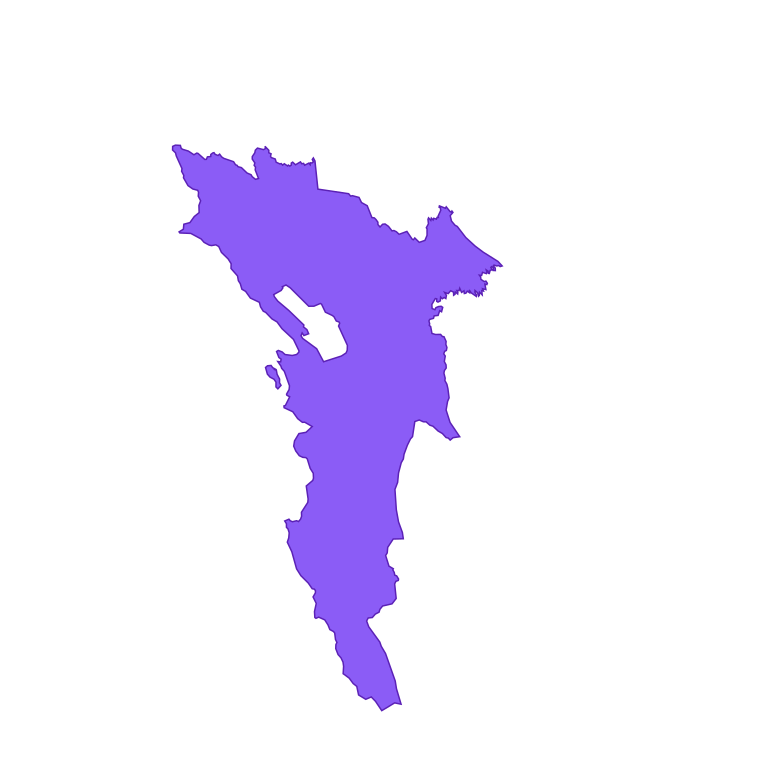 Tapanuli Selatan, Sumatera Utara, Indonesia, rotated 157°
{"feature_id": "22746128B22210082667393", "entity_name": "Tapanuli Selatan", "entity_type": "district", "adm_level": 2, "iso_a3": "IDN", "parent_name": "Indonesia", "parent_adm1": "Sumatera Utara", "projection": "equal_earth", "projection_center": [99.254, 1.551], "detail": "fine", "context": "isolated", "style": "filled", "palette": "violet", "viewbox_px": 768, "rotation_deg": 157, "n_neighbors": 0, "source": "geoboundaries", "source_scale": "gbopen_adm2", "svg_char_len": 6143}
<svg xmlns="http://www.w3.org/2000/svg" viewBox="0 0 768 768"><g transform="rotate(157 384 384)"><path d="M493.4,82.6L491.6,98.6L489.7,106.3L487.9,135.3L489.0,143.6L488.7,148.1L492.9,166.4L492.6,172.6L490.0,174.8L486.0,173.6L481.9,175.6L477.7,175.9L475.8,178.2L472.0,180.2L462.5,178.5L456.6,181.8L452.3,195.8L450.2,197.7L447.6,197.6L446.8,198.8L447.3,202.4L448.8,203.9L448.2,206.5L448.5,209.5L447.6,210.3L450.6,214.4L449.5,225.5L447.0,227.3L444.4,232.2L436.1,237.7L426.7,234.0L425.1,240.1L424.5,251.4L421.8,263.4L415.1,282.7L409.9,288.1L405.4,296.4L398.9,304.8L395.5,307.4L393.0,311.5L386.4,318.5L381.1,323.1L378.3,324.4L370.3,337.4L365.6,337.1L362.5,333.8L360.0,332.7L357.9,328.2L355.4,326.0L352.6,319.6L349.6,315.6L347.8,310.5L345.9,309.0L345.0,306.5L341.4,307.6L334.9,305.9L338.2,322.8L337.0,335.8L332.3,343.1L329.5,345.8L327.0,354.7L326.2,359.2L326.6,363.4L325.4,365.5L324.6,370.6L323.1,372.8L320.5,374.4L319.4,377.4L319.7,381.1L316.7,385.8L317.2,388.4L315.4,390.4L313.5,390.5L311.8,393.0L311.6,396.3L310.2,398.9L310.3,404.1L311.7,404.9L312.5,407.5L317.3,409.5L320.1,411.8L318.6,418.6L319.4,420.2L318.4,421.7L318.0,424.5L316.7,425.6L312.8,425.1L311.2,427.1L307.4,426.0L304.1,429.7L302.8,428.0L300.0,431.6L301.0,433.2L303.5,434.0L306.4,434.0L308.1,432.5L310.2,434.7L308.9,438.5L303.4,442.6L302.2,441.8L303.2,439.5L302.3,438.3L299.7,438.5L297.9,441.9L297.0,439.7L294.8,440.1L293.7,438.5L291.9,441.2L292.4,444.6L289.6,442.1L286.2,443.8L284.1,441.4L285.2,438.5L283.6,438.8L282.4,440.8L281.0,438.1L280.2,439.5L280.4,441.6L278.4,440.6L276.9,442.5L276.8,438.0L274.0,438.5L274.7,435.9L273.1,435.6L271.1,436.9L269.6,434.6L268.8,437.3L268.1,433.8L264.8,428.6L264.1,430.0L264.5,432.8L263.7,434.5L262.2,431.4L262.7,427.9L261.7,428.3L260.2,431.2L258.8,427.7L257.5,431.8L256.1,430.7L256.0,433.2L253.3,431.1L252.1,436.5L250.5,435.3L249.5,436.3L250.0,438.9L251.8,439.2L253.9,442.5L253.2,444.8L253.7,446.9L251.7,445.8L249.7,448.3L246.6,445.6L245.5,446.9L245.3,449.0L244.1,447.2L244.7,445.1L243.9,444.6L241.9,447.1L239.9,446.9L240.1,449.6L239.1,450.0L237.9,448.3L239.2,445.9L237.2,444.9L236.3,447.2L237.2,450.0L236.3,450.5L234.1,448.6L232.1,448.2L231.2,446.7L229.1,446.5L231.2,452.3L241.1,466.5L246.2,475.3L251.5,486.9L255.0,500.4L256.6,502.4L258.2,507.6L257.3,513.1L253.5,515.0L253.9,516.7L254.9,516.0L255.8,516.9L257.5,522.8L258.8,521.8L263.4,526.3L264.2,525.2L263.3,524.2L263.9,521.7L268.7,517.3L268.9,516.1L270.1,516.6L271.3,515.3L273.5,517.1L274.7,515.8L275.6,518.2L277.0,516.3L278.1,519.5L279.2,518.4L280.5,514.1L284.0,511.3L283.8,509.9L286.3,504.0L290.2,500.2L296.2,500.6L298.6,506.4L300.5,505.3L301.4,506.1L303.3,515.5L311.6,515.9L313.1,519.3L314.9,521.4L316.8,521.8L318.3,527.4L320.5,530.9L322.9,531.6L326.3,530.1L327.3,533.2L326.4,535.3L327.1,538.5L328.0,540.7L330.1,541.9L329.8,554.7L333.8,559.8L334.1,565.5L339.5,569.7L341.3,570.0L342.2,573.0L368.7,589.2L360.4,616.3L360.7,619.7L362.3,618.7L362.2,616.1L363.9,615.6L365.4,616.4L366.3,614.7L367.0,616.7L371.6,616.4L371.8,618.5L373.7,618.9L374.1,621.1L379.8,620.4L381.4,623.9L383.0,623.6L383.9,621.7L385.6,621.4L386.5,622.9L387.6,622.4L389.7,625.7L391.8,625.1L392.5,627.1L393.8,627.2L396.6,630.3L396.2,633.6L399.3,636.5L399.5,637.9L398.0,640.0L399.7,641.9L398.7,644.1L400.7,649.3L401.0,647.1L403.3,646.8L408.3,650.6L411.1,649.5L412.6,647.3L416.4,644.8L417.4,642.5L416.5,638.0L418.1,636.0L417.5,633.9L418.9,631.4L419.2,622.2L422.3,622.6L424.3,626.3L424.6,628.6L427.6,631.7L430.7,638.9L433.5,641.1L433.8,642.7L435.0,643.8L435.6,647.4L443.3,654.3L444.7,656.5L445.5,659.8L447.5,659.2L449.7,661.4L450.1,663.4L451.3,663.6L453.7,663.0L454.6,661.1L457.8,662.1L459.7,660.2L461.2,660.7L465.1,668.9L466.1,669.7L469.4,669.3L473.1,674.9L477.9,678.9L478.6,680.6L478.2,683.2L482.7,685.4L485.7,685.3L487.2,682.0L485.6,678.3L486.1,675.0L485.8,661.2L487.2,658.9L486.8,654.2L488.0,652.2L486.9,643.2L483.8,638.2L479.8,635.1L479.8,633.0L481.6,629.5L481.2,624.3L484.6,620.7L487.2,614.0L493.2,612.3L499.6,608.4L505.8,609.3L508.2,604.9L513.2,604.1L512.9,602.8L503.0,598.1L495.7,589.0L494.3,584.7L490.7,580.2L488.7,578.8L484.4,577.8L482.4,575.1L482.2,568.6L478.6,560.0L477.7,554.5L479.7,550.1L476.6,540.7L477.7,536.0L477.1,532.5L477.8,526.8L475.2,523.3L473.4,515.3L466.8,507.9L467.5,503.3L466.7,498.2L464.9,496.1L461.7,487.7L458.2,482.9L456.3,474.8L449.9,460.4L449.3,447.9L449.9,446.6L452.9,445.3L457.3,446.1L463.6,449.8L465.2,453.3L468.2,456.2L470.2,455.9L470.4,449.5L469.0,447.0L470.5,444.8L473.0,446.2L471.9,440.8L472.1,438.5L470.8,434.6L471.7,419.3L473.5,416.0L477.7,412.7L477.8,411.6L475.8,409.1L483.1,402.8L484.7,402.9L485.2,401.2L478.8,394.1L477.0,385.8L474.1,380.6L471.9,379.8L466.7,372.9L474.6,370.0L481.7,371.6L488.6,366.6L491.4,362.1L491.4,356.8L490.0,351.1L487.4,348.2L484.7,346.8L483.9,345.1L484.9,335.2L484.0,329.5L485.7,324.9L487.2,323.1L495.4,320.5L498.8,307.8L500.4,304.8L510.1,298.2L511.5,294.5L513.6,292.2L516.4,290.8L517.9,292.3L522.1,293.0L523.8,294.8L524.3,296.7L528.9,296.7L528.4,293.5L529.8,290.2L529.0,288.1L529.4,284.1L531.8,279.6L534.8,276.2L534.4,265.6L536.7,248.0L535.4,240.0L531.5,230.4L530.1,223.6L528.2,222.3L527.9,220.4L528.8,218.5L532.5,215.7L532.1,208.5L536.9,201.7L538.9,196.1L538.2,194.9L535.2,194.9L530.7,190.0L529.7,184.2L529.8,179.1L527.2,175.9L526.7,174.0L528.5,167.7L528.3,164.5L530.1,162.9L531.8,159.3L532.0,152.9L530.6,148.8L530.4,144.0L531.5,139.9L534.8,133.3L531.0,126.9L529.4,120.3L527.2,116.3L528.9,107.7L524.0,100.9L518.0,100.9L515.8,95.2L513.7,84.2L498.8,86.3L493.4,82.6ZM412.3,426.4L430.9,428.1L432.2,442.8L441.1,457.8L441.5,460.9L439.4,463.0L438.8,459.9L433.7,459.7L433.7,464.2L435.8,468.0L434.7,469.6L442.9,488.9L449.4,501.8L450.8,507.2L450.6,509.4L442.1,510.3L439.5,512.0L439.6,513.3L435.5,513.4L432.8,509.3L422.9,485.0L418.1,483.0L411.2,483.0L410.3,481.9L409.9,473.0L404.9,467.4L403.8,465.5L403.3,460.6L401.2,458.7L401.0,457.3L403.2,455.1L402.6,433.9L404.7,429.4L406.8,427.4L412.3,426.4ZM483.6,421.0L479.3,423.0L479.7,425.9L478.2,429.3L478.6,434.7L477.7,438.8L478.9,439.9L478.1,440.0L480.1,442.6L480.7,445.2L484.1,446.3L486.6,445.5L487.5,438.6L486.2,434.8L483.4,431.4L482.7,427.9L484.6,423.5L483.6,421.0Z" fill="#8b5cf6" stroke="#5b21b6" stroke-width="1.5"/></g></svg>